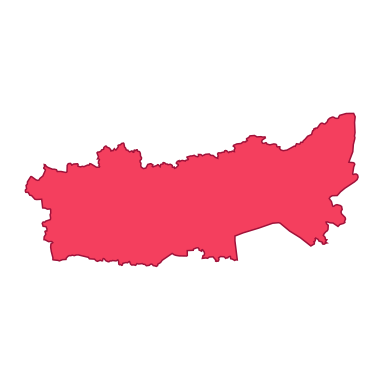 Midongy-Atsimo, Atsimo-Atsinanana, Madagascar (Mercator projection), rotated 88°
{"feature_id": "10022922B72475763343132", "entity_name": "Midongy-Atsimo", "entity_type": "district", "adm_level": 2, "iso_a3": "MDG", "parent_name": "Madagascar", "parent_adm1": "Atsimo-Atsinanana", "projection": "mercator", "projection_center": [46.981, -23.354], "detail": "fine", "context": "isolated", "style": "filled", "palette": "rose", "viewbox_px": 384, "rotation_deg": 88, "n_neighbors": 0, "source": "geoboundaries", "source_scale": "gbopen_adm2", "svg_char_len": 6050}
<svg xmlns="http://www.w3.org/2000/svg" viewBox="0 0 384 384"><g transform="rotate(88 192 192)"><path d="M170.1,28.4L169.0,28.7L168.3,29.8L167.7,34.2L157.4,29.9L150.2,29.1L144.6,27.5L143.1,27.3L141.8,27.7L138.4,27.0L128.1,27.1L122.5,26.3L119.1,27.7L118.9,35.1L120.5,41.6L121.8,42.6L123.2,43.0L123.5,44.2L123.3,46.1L122.2,47.8L122.0,49.1L123.1,51.9L124.5,53.5L126.5,54.4L128.6,56.7L128.6,57.6L127.7,59.5L127.8,60.5L128.8,61.8L132.4,64.5L132.4,66.0L133.1,66.5L132.8,67.2L133.2,68.0L134.7,68.4L135.1,69.3L138.7,70.5L140.3,74.5L143.0,76.9L144.9,79.1L146.2,79.7L146.1,81.6L147.6,82.4L147.9,83.1L147.4,85.9L150.0,87.2L149.7,88.2L153.4,95.5L153.9,99.3L153.2,101.6L151.5,103.0L150.0,102.5L149.8,102.9L149.9,105.2L149.3,105.7L148.0,105.8L147.2,106.5L146.8,108.5L147.6,112.5L146.7,115.4L145.6,115.9L145.3,116.4L145.9,118.2L145.8,119.5L145.3,120.1L143.8,120.6L142.5,120.0L140.5,116.8L139.5,117.1L139.6,119.3L139.1,121.2L139.2,125.1L137.7,127.6L137.9,131.7L138.0,132.2L139.5,133.4L140.5,135.4L140.9,135.7L142.6,134.9L143.2,136.4L143.8,136.6L143.7,139.2L145.2,141.2L145.5,145.5L146.8,148.8L147.6,149.2L148.6,147.9L150.0,147.5L151.4,148.4L153.1,148.2L152.5,150.3L153.2,151.5L153.0,152.8L153.9,153.9L152.0,156.0L151.7,157.0L152.0,157.9L153.2,158.4L153.5,160.7L153.9,161.8L153.8,164.4L154.9,165.1L157.1,164.5L158.1,165.2L159.2,165.1L158.3,167.3L156.2,169.7L156.0,172.0L154.6,173.4L154.8,177.2L156.2,180.4L154.9,181.8L154.7,184.3L156.2,184.2L157.0,185.0L156.5,187.0L155.4,188.5L156.0,190.8L155.9,192.1L156.9,195.8L157.4,195.8L158.7,194.7L159.4,194.6L160.2,197.1L160.8,197.6L160.1,200.6L160.4,202.0L161.2,203.2L161.1,203.7L160.2,203.8L160.9,205.6L162.5,206.7L163.0,206.5L164.0,204.8L165.0,204.8L167.2,207.1L167.7,208.6L166.4,208.9L166.7,210.0L166.4,210.8L164.9,210.8L164.2,211.4L163.5,212.8L163.9,215.0L163.2,215.8L163.1,217.1L162.0,218.2L161.6,219.3L161.7,219.9L162.8,219.9L163.4,222.3L165.6,223.0L163.6,224.8L163.5,225.4L164.3,226.3L165.5,230.1L164.9,230.8L163.6,230.1L162.3,232.0L162.3,232.7L162.9,235.2L166.5,237.3L166.9,239.8L165.4,241.8L164.0,242.3L161.4,242.0L160.1,242.9L158.7,242.8L157.5,241.5L156.1,241.2L154.2,242.2L151.5,242.3L149.8,243.1L149.2,245.0L147.9,245.3L147.9,246.2L148.6,246.9L148.1,248.2L148.6,248.6L150.0,248.6L150.3,249.0L150.2,249.5L148.8,250.6L149.7,252.9L148.8,254.2L148.0,254.6L147.7,256.2L145.9,256.8L144.7,257.8L141.1,258.4L140.7,258.8L141.1,260.8L142.2,261.7L142.6,263.9L142.9,264.3L144.3,264.1L147.2,266.3L147.3,267.0L146.0,268.1L148.0,269.6L147.7,270.5L148.2,271.5L146.6,272.0L145.2,273.1L144.2,275.4L143.2,276.0L143.1,276.9L144.4,278.5L146.2,278.9L146.8,280.9L148.0,281.6L148.8,283.3L148.8,284.8L149.6,285.6L153.6,284.2L155.6,285.3L155.5,284.3L156.3,283.4L156.9,283.5L157.8,284.3L159.9,284.6L160.9,283.7L162.2,284.1L163.5,283.4L163.9,283.7L164.0,286.5L160.5,291.8L160.1,293.1L161.6,294.1L161.4,295.4L162.9,299.1L162.5,300.6L163.0,302.8L162.2,305.1L160.4,304.9L159.8,305.4L159.9,309.3L160.9,311.2L159.2,312.3L159.2,313.6L159.4,314.7L161.0,315.8L167.2,316.2L167.9,316.7L168.0,317.7L166.9,322.2L166.8,325.9L165.0,326.7L164.4,328.8L164.4,330.5L162.5,334.9L161.4,336.6L159.7,337.7L159.4,338.7L161.6,338.5L162.6,339.3L163.2,339.3L164.5,337.8L165.2,337.8L170.8,340.5L173.1,343.5L174.8,344.6L175.0,345.9L174.4,347.5L171.0,351.8L171.0,352.6L176.1,356.1L178.4,356.3L179.6,357.6L183.1,357.2L184.1,358.4L185.4,358.5L186.5,358.1L186.7,355.7L189.6,354.2L189.9,352.5L193.8,349.2L194.1,347.5L194.0,342.5L202.7,341.8L203.0,339.2L204.1,337.2L204.0,334.4L204.4,333.9L208.1,333.9L209.8,334.6L213.1,334.2L214.6,334.5L216.0,339.2L217.0,340.2L216.8,341.8L218.1,342.8L221.1,342.0L221.5,339.2L223.8,338.2L225.9,338.5L225.9,339.9L226.3,340.3L229.2,339.6L231.6,341.3L234.5,341.6L234.7,340.4L236.6,337.1L236.6,333.9L237.8,332.9L239.0,334.8L242.2,335.2L246.5,334.7L252.8,333.3L254.8,333.4L255.0,332.9L255.6,328.6L256.2,326.9L255.1,323.7L255.0,320.3L253.8,320.0L252.1,318.4L251.3,317.1L251.4,315.3L250.9,313.9L251.5,311.9L250.9,309.9L250.9,307.8L253.7,297.8L255.2,296.9L255.7,291.8L257.4,290.2L258.0,288.9L257.0,286.1L257.6,284.8L257.6,283.8L256.2,283.5L255.4,283.0L255.7,282.0L257.7,280.5L258.8,278.2L258.7,277.1L258.0,276.2L258.1,274.7L257.7,273.9L258.2,270.3L257.3,268.5L258.4,267.9L261.7,267.6L262.2,266.9L262.0,265.8L262.8,265.0L262.6,264.2L260.9,263.6L260.2,260.6L260.5,258.9L259.3,257.3L259.3,256.9L261.9,255.9L262.9,254.8L262.8,252.8L263.3,250.9L261.6,249.5L262.1,247.9L261.8,244.1L262.5,243.2L262.7,241.6L264.1,240.2L263.8,237.3L262.8,236.1L262.6,235.1L262.9,234.3L264.2,233.3L264.6,231.4L265.1,230.3L264.4,229.0L263.0,228.7L261.4,225.9L259.2,224.2L252.7,214.0L254.1,212.0L254.8,210.1L255.4,207.1L255.8,199.5L255.3,198.9L250.4,198.8L250.3,192.8L249.3,192.6L249.0,192.2L248.0,189.5L247.9,188.0L248.9,187.0L250.2,187.0L251.5,184.5L250.3,184.3L250.0,183.5L252.1,182.0L253.8,181.6L255.1,181.9L255.6,182.2L256.0,183.2L258.7,184.0L258.4,180.5L258.8,178.7L257.6,177.0L257.5,173.3L261.0,170.5L261.7,170.9L262.0,170.7L262.2,170.1L261.9,168.0L260.3,167.4L258.7,167.7L257.5,165.8L257.8,162.6L258.2,161.7L259.5,160.7L258.9,159.3L259.1,158.6L258.2,157.9L257.6,156.2L258.1,155.8L260.0,155.7L260.5,154.0L261.9,151.7L261.3,150.6L261.5,149.1L242.3,150.8L237.5,150.6L234.6,142.3L230.4,126.6L226.0,112.4L225.7,106.6L226.2,105.0L234.5,95.7L241.4,85.4L250.1,75.1L248.2,71.6L246.7,71.4L246.0,71.9L245.1,70.5L243.5,70.3L242.9,70.6L242.3,70.0L243.8,67.6L245.4,66.9L246.6,63.9L247.1,63.4L248.0,63.6L248.7,62.9L248.7,61.5L247.8,60.1L247.6,59.0L246.7,60.5L244.4,58.9L244.1,60.3L241.9,60.6L239.9,62.3L238.1,61.3L236.1,59.3L235.5,58.2L234.1,57.4L230.0,57.0L228.4,58.6L226.8,59.1L226.6,57.8L227.6,55.2L227.9,52.2L231.5,47.3L229.6,45.3L228.7,41.8L228.0,40.5L227.6,40.2L226.7,40.6L224.4,39.5L222.8,39.9L219.2,43.2L217.7,43.7L216.3,43.6L214.7,42.5L211.7,43.0L210.7,44.3L209.7,47.6L210.1,49.2L211.2,50.8L211.3,51.6L210.6,52.0L206.4,53.0L203.3,55.1L201.7,54.0L200.6,52.0L200.6,47.0L197.0,43.6L193.5,39.0L187.5,29.2L185.3,26.5L182.9,25.5L180.9,25.9L179.8,27.2L179.7,28.5L180.1,30.0L179.9,30.6L179.4,30.8L172.6,29.5L170.1,28.4Z" fill="#f43f5e" stroke="#9f1239" stroke-width="1.5"/></g></svg>